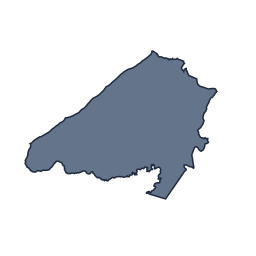 Viotá, Cundinamarca, Colombia, rotated 210°
{"feature_id": "7082276B31089834197292", "entity_name": "Viotá", "entity_type": "district", "adm_level": 2, "iso_a3": "COL", "parent_name": "Colombia", "parent_adm1": "Cundinamarca", "projection": "natural_earth1", "projection_center": [-74.491, 4.439], "detail": "fine", "context": "isolated", "style": "filled", "palette": "slate", "viewbox_px": 256, "rotation_deg": 210, "n_neighbors": 0, "source": "geoboundaries", "source_scale": "gbopen_adm2", "svg_char_len": 5712}
<svg xmlns="http://www.w3.org/2000/svg" viewBox="0 0 256 256"><g transform="rotate(210 128 128)"><path d="M113.2,213.6L113.5,213.4L114.1,213.6L114.4,213.4L114.8,213.5L115.6,213.2L116.5,213.2L118.3,212.7L119.2,212.7L119.7,212.9L120.1,212.9L120.3,212.9L120.6,211.9L123.0,210.1L123.6,209.9L124.2,210.5L124.8,208.9L125.1,208.8L125.6,209.1L126.0,209.0L126.4,208.0L126.7,207.5L127.2,207.4L127.9,208.2L128.8,207.8L129.7,207.8L130.6,207.3L131.4,206.6L133.2,206.5L135.1,206.1L135.9,205.5L136.9,205.1L137.5,205.3L138.3,205.9L139.1,206.1L139.6,206.7L144.6,207.1L145.6,206.7L145.2,205.6L145.0,203.9L145.1,203.1L146.5,198.8L147.1,197.6L148.3,194.7L149.2,193.2L149.8,190.6L151.2,188.3L152.1,185.7L154.0,182.4L154.4,181.7L155.9,180.4L156.8,179.3L158.3,177.0L159.7,174.3L160.0,173.2L160.8,171.4L161.4,169.6L162.5,165.4L164.4,160.1L165.6,155.8L167.1,153.4L167.7,152.2L167.6,151.4L168.0,147.9L169.8,142.1L171.2,139.2L173.0,136.5L173.5,135.3L174.1,132.4L174.2,131.0L174.6,129.8L175.0,127.8L175.3,125.4L175.8,123.5L177.0,121.5L177.7,119.9L178.2,117.0L179.7,114.4L180.3,113.7L181.3,111.9L183.1,109.4L185.7,106.6L187.2,105.6L187.2,102.7L187.6,101.0L188.5,99.6L189.0,99.2L189.8,97.4L190.1,95.9L191.1,94.3L192.0,91.6L193.0,89.6L193.9,86.1L194.7,84.4L199.1,76.7L200.3,76.0L200.6,75.1L201.1,74.4L203.2,70.0L203.9,67.0L205.0,65.5L204.4,65.3L203.3,63.9L202.9,63.1L202.9,59.4L202.5,57.4L202.0,56.0L201.2,54.2L200.9,52.9L200.7,51.2L200.9,49.8L200.6,48.2L199.9,47.8L199.7,47.6L199.4,45.9L199.1,45.8L198.1,45.0L197.0,44.7L196.3,44.0L195.7,43.6L194.6,43.8L194.2,43.6L193.0,43.5L192.4,43.1L191.4,42.8L191.1,42.4L188.6,42.4L186.5,43.3L185.6,44.3L185.1,45.9L181.7,47.0L180.4,49.0L177.9,50.3L177.4,50.9L176.4,51.4L175.8,52.0L175.2,53.2L175.0,55.2L174.5,56.0L174.3,57.1L174.2,59.8L173.8,60.7L174.1,61.3L173.6,62.0L173.4,63.3L172.5,63.9L171.2,64.4L170.8,64.4L170.5,64.7L169.8,64.5L168.7,64.7L168.0,64.6L167.0,64.3L166.4,63.4L165.6,63.4L165.2,63.1L164.8,63.3L164.5,63.2L163.9,62.8L163.7,62.3L162.5,61.0L162.4,60.3L161.7,60.1L160.5,59.0L159.7,58.7L159.3,58.3L159.0,58.5L158.6,58.3L158.1,58.5L157.4,58.4L156.6,58.8L156.1,59.3L155.0,59.6L154.4,60.7L153.8,61.0L153.5,61.3L151.9,61.6L151.4,62.4L150.9,62.8L150.2,62.9L149.5,64.0L148.9,64.4L148.3,64.4L147.6,65.2L147.5,65.6L146.5,66.5L146.3,67.2L146.0,67.3L145.7,68.1L144.5,68.9L142.8,69.3L141.7,68.4L140.4,68.2L138.8,68.7L138.1,69.4L137.6,71.6L137.0,72.1L136.6,72.3L136.1,72.2L135.5,71.2L134.8,71.3L133.8,71.1L132.9,70.3L132.3,70.3L131.2,69.9L130.5,70.0L129.8,69.6L129.5,69.6L128.5,70.5L128.1,70.6L127.5,70.5L126.4,70.6L126.0,70.6L125.5,70.1L124.5,70.1L124.2,70.2L123.6,70.8L122.9,71.1L122.2,70.5L121.9,70.6L121.2,72.2L120.7,72.1L120.1,71.7L119.4,71.9L118.8,72.7L118.5,74.2L117.8,74.9L117.1,76.8L116.6,77.7L115.4,77.7L114.7,78.0L114.4,78.4L114.1,79.5L113.8,79.8L113.1,80.2L111.2,81.7L110.1,81.9L109.6,82.5L108.8,82.9L107.5,83.0L107.2,83.1L106.3,84.1L105.2,84.7L104.8,86.1L104.3,86.2L103.7,85.7L102.8,86.3L102.6,87.0L102.9,87.9L102.6,88.3L101.5,89.0L101.0,90.0L101.1,90.7L102.1,91.2L101.9,91.8L100.6,91.8L99.8,92.1L99.6,92.1L99.3,91.0L98.9,90.8L98.6,90.9L97.8,91.6L97.0,92.0L97.1,92.4L97.9,92.6L98.5,92.9L98.6,93.6L98.2,94.6L99.3,95.7L99.3,96.8L98.3,97.5L96.3,98.2L96.2,98.4L96.1,100.0L95.8,100.2L94.1,100.6L93.9,101.0L94.0,102.3L93.7,102.8L92.7,103.0L91.3,103.6L91.0,103.3L91.0,103.0L91.2,102.5L91.2,101.7L90.7,101.2L89.9,100.8L90.0,100.0L89.6,100.1L88.7,100.8L87.9,100.7L87.8,100.8L87.5,103.0L87.1,103.6L86.2,104.1L86.3,104.6L87.6,105.1L88.3,105.6L89.0,107.2L89.1,108.0L89.0,108.4L88.8,108.5L88.5,108.3L88.0,107.6L87.8,107.7L87.4,109.1L87.0,109.0L85.8,108.0L85.5,107.3L84.8,105.9L84.2,106.0L83.9,106.3L83.3,107.8L82.2,109.2L81.8,109.5L81.1,109.6L80.0,109.2L79.4,108.8L78.7,108.0L78.5,107.6L78.5,106.6L77.3,105.4L77.3,104.8L77.9,103.0L77.8,102.1L77.8,101.6L76.4,100.2L76.4,99.1L76.3,98.9L76.0,98.9L75.7,99.2L74.7,100.9L74.3,101.0L74.2,100.9L74.0,97.9L73.2,96.9L73.3,96.5L73.7,96.0L74.8,95.5L75.9,94.6L76.6,93.7L76.9,92.8L76.6,90.9L76.4,90.6L75.0,90.9L74.3,90.8L74.3,89.6L74.8,88.6L74.7,87.0L76.0,85.5L76.0,84.9L75.8,84.1L75.9,83.6L76.7,83.4L77.7,83.7L78.3,83.4L79.5,81.8L79.7,81.3L79.5,80.8L79.2,80.7L78.9,80.9L78.0,82.0L77.5,81.9L76.7,81.4L60.0,85.4L57.4,118.1L57.1,119.5L56.9,119.8L57.0,120.5L56.7,121.0L57.0,121.3L57.7,121.6L59.0,121.7L60.2,122.8L60.9,124.0L58.9,125.2L55.1,125.4L52.7,126.3L51.5,125.9L51.1,126.0L51.4,127.1L53.4,129.3L57.0,133.9L57.9,134.9L59.2,136.5L59.5,137.1L60.6,144.4L60.5,145.0L59.5,145.8L58.0,146.0L57.4,145.8L56.5,145.1L54.9,144.5L53.4,144.4L52.9,144.6L52.6,145.5L52.1,146.1L52.0,146.5L52.0,148.3L52.4,150.7L53.3,152.0L53.3,152.6L53.2,152.8L52.0,154.0L51.3,155.0L51.2,155.9L51.3,156.1L52.4,156.4L53.3,157.3L53.3,158.4L53.4,158.7L53.6,158.8L54.7,157.9L55.9,158.1L56.3,158.0L56.8,157.5L56.5,157.0L56.8,156.7L57.2,156.6L58.0,156.9L59.1,156.4L60.0,156.2L60.9,156.3L62.8,157.4L63.4,158.1L64.1,158.3L64.8,159.8L66.4,160.5L66.5,161.8L65.8,163.1L65.2,165.0L65.3,166.0L65.1,167.8L65.2,169.7L65.5,170.6L65.6,171.3L65.8,171.6L65.8,172.4L65.9,172.5L66.6,172.8L68.4,174.5L68.7,175.2L68.8,176.1L69.4,177.6L69.3,178.6L69.6,179.5L69.2,180.3L69.0,181.8L69.4,182.9L69.3,183.8L70.3,185.0L70.8,186.9L70.7,187.7L70.9,188.6L70.7,189.5L70.8,190.8L71.2,191.8L71.2,193.9L71.4,194.8L71.2,195.6L70.8,196.0L70.4,196.8L69.8,199.6L69.8,201.8L69.2,204.1L70.1,204.3L71.4,205.4L71.9,205.5L72.6,205.4L73.5,205.1L76.2,203.4L77.4,202.2L77.8,202.0L81.0,201.4L86.4,200.2L87.6,200.3L89.6,200.9L91.7,203.0L93.1,205.0L95.3,204.6L101.5,204.0L103.4,205.0L105.0,206.7L105.7,206.6L106.2,206.9L107.3,208.7L108.0,207.9L108.4,207.0L108.4,206.1L108.1,205.0L108.8,205.5L109.8,205.5L111.0,206.0L111.6,206.5L111.8,207.2L111.8,210.0L111.4,212.2L112.7,212.6L113.2,213.6Z" fill="#64748b" stroke="#1e293b" stroke-width="1.5"/></g></svg>